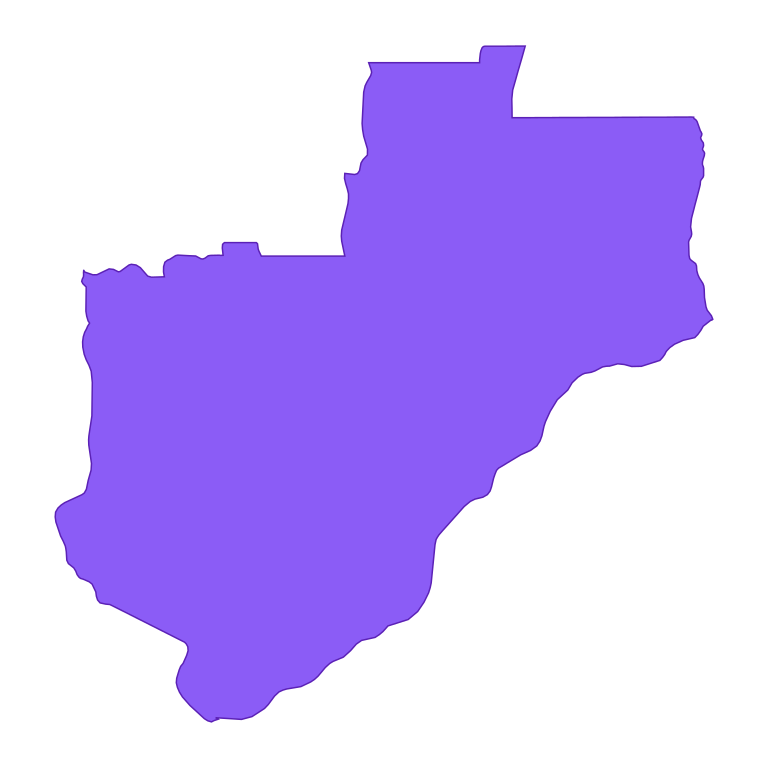 the border of Lunda Norte
{"feature_id": "AGO-1874", "entity_name": "Lunda Norte", "entity_type": "Province", "adm_level": 1, "iso_a3": "AGO", "parent_name": "Angola", "parent_adm1": "", "projection": "equal_earth", "projection_center": [19.689, -8.666], "detail": "fine", "context": "isolated", "style": "filled", "palette": "violet", "viewbox_px": 768, "rotation_deg": 0, "n_neighbors": 0, "source": "natural_earth", "source_scale": "10m", "svg_char_len": 4360}
<svg xmlns="http://www.w3.org/2000/svg" viewBox="0 0 768 768"><path d="M525.2,46.1L521.9,57.9L517.9,71.6L515.7,79.5L512.7,90.0L511.8,99.1L512.0,108.2L512.1,117.7L518.8,117.7L529.2,117.7L539.7,117.6L550.1,117.6L560.6,117.5L571.0,117.5L581.5,117.5L591.9,117.4L602.4,117.4L612.8,117.4L623.3,117.3L633.7,117.3L644.2,117.2L654.6,117.2L665.1,117.2L675.5,117.1L686.0,117.1L690.8,117.0L693.7,117.2L693.7,117.8L694.2,118.8L695.1,119.2L696.2,120.2L697.1,121.6L700.4,130.9L701.2,132.1L701.9,133.9L701.6,135.5L700.9,136.9L700.6,137.9L701.4,140.1L702.4,141.5L703.3,142.9L703.6,145.3L703.4,146.5L702.7,148.3L702.5,149.2L702.9,150.3L704.2,152.1L704.6,153.2L704.3,155.7L703.0,159.6L702.5,161.8L702.4,164.2L702.7,165.4L703.2,166.5L703.6,168.4L703.6,175.7L703.1,177.2L701.0,180.0L700.5,181.1L700.2,184.7L699.6,187.2L698.6,191.1L696.9,197.6L695.0,204.7L693.9,209.1L692.3,215.2L691.5,218.4L690.6,226.9L691.5,231.9L691.7,234.1L691.2,236.4L689.1,240.2L688.6,242.0L689.0,255.2L689.7,258.6L691.1,260.2L695.6,263.6L696.5,265.9L696.8,270.6L697.8,274.4L699.3,277.8L702.9,283.5L703.8,286.0L704.2,289.3L704.5,297.6L706.0,306.8L707.2,310.2L711.4,315.7L712.8,319.3L711.8,320.1L711.7,320.0L711.2,319.9L703.2,326.2L701.0,330.1L697.9,334.4L694.8,337.6L683.2,340.3L674.5,344.2L669.8,347.6L666.7,350.9L665.7,352.4L664.9,354.2L662.7,357.3L659.9,360.4L641.4,366.3L631.7,366.5L624.3,364.5L617.7,363.8L609.6,366.1L606.6,366.2L602.6,366.9L595.0,370.9L591.1,372.3L584.8,373.3L582.2,374.4L577.9,377.2L572.1,382.8L567.8,390.0L557.3,399.7L550.2,411.3L545.5,421.6L544.0,426.2L541.9,435.8L540.0,441.0L536.8,445.9L530.6,450.4L520.7,454.8L498.5,468.2L496.5,470.4L495.0,474.1L493.6,478.2L491.5,486.9L490.1,491.0L487.4,494.6L482.9,497.2L475.0,499.1L470.3,501.4L464.2,506.5L442.2,531.1L439.0,534.8L437.6,536.9L436.1,539.5L435.0,544.7L431.2,582.9L430.2,587.6L428.6,592.8L424.0,602.2L417.7,611.5L408.2,619.5L388.0,625.9L383.1,631.4L379.6,634.4L375.1,637.4L361.6,640.4L356.3,644.1L350.6,650.6L343.4,657.1L333.1,661.4L329.8,663.4L325.3,667.5L318.1,676.1L314.6,679.3L310.8,681.9L300.9,686.6L286.6,689.0L282.9,690.1L279.0,691.9L274.6,696.0L268.2,704.6L264.5,708.5L252.0,716.6L241.5,719.4L215.6,717.7L218.2,719.2L214.0,720.6L211.5,721.9L207.8,720.8L204.4,718.7L190.0,705.5L182.5,697.0L179.5,692.2L177.4,687.3L176.3,682.7L176.7,678.2L179.2,669.9L180.7,666.3L183.1,663.4L186.7,655.3L188.1,650.7L187.8,646.7L186.2,643.8L184.6,642.2L123.2,611.2L109.8,604.5L105.6,604.1L100.1,602.9L97.6,600.0L96.4,596.3L95.8,591.9L92.1,584.1L89.2,581.8L83.2,579.2L80.5,578.4L78.9,577.1L77.1,574.6L75.8,571.2L73.8,567.9L68.4,563.6L66.8,560.2L66.3,551.9L65.8,548.4L65.3,546.0L63.2,541.1L60.6,536.0L55.9,522.0L55.2,516.9L55.6,512.1L58.0,508.0L61.2,505.0L64.8,502.6L81.9,494.7L84.3,493.0L86.4,489.2L88.2,480.4L91.1,470.1L91.5,463.5L88.8,445.1L88.6,439.8L88.9,435.9L89.7,430.4L91.9,415.9L92.3,382.4L91.2,371.2L89.0,365.3L86.2,359.7L84.2,354.3L82.8,347.2L82.6,341.8L83.3,336.7L84.7,332.3L86.6,328.7L87.6,326.3L89.6,323.1L88.1,320.9L86.7,316.2L85.9,311.2L86.2,287.0L82.8,283.6L81.7,281.4L82.3,279.1L83.4,276.9L83.6,274.8L83.5,272.7L83.7,270.4L83.8,270.4L84.9,272.1L92.9,274.8L97.0,274.7L109.1,268.9L113.5,269.4L118.3,271.8L120.1,271.5L129.0,265.0L131.3,264.3L136.1,265.0L140.4,267.7L147.7,276.1L151.5,277.2L164.4,276.8L163.5,272.0L163.6,266.6L164.9,262.2L167.6,260.1L169.8,259.3L175.6,255.6L177.9,255.1L188.6,255.7L195.7,256.0L201.0,258.8L202.9,259.0L205.1,258.1L208.2,255.8L210.6,255.4L219.4,255.2L220.3,255.4L223.1,255.3L222.3,248.0L222.6,244.3L224.4,242.6L234.7,242.6L246.0,242.6L256.3,242.6L257.5,243.7L258.2,249.1L259.1,251.5L261.3,256.1L267.7,256.1L286.0,256.1L304.3,256.1L322.6,256.1L340.9,256.1L344.8,256.1L341.7,241.1L341.3,236.1L341.7,230.1L343.8,221.2L345.2,215.4L348.0,203.5L348.5,198.5L348.5,193.8L347.3,188.8L345.7,183.6L344.5,178.4L344.8,173.4L354.7,174.5L357.5,173.6L359.5,170.7L361.0,163.1L363.0,159.7L363.3,159.4L367.4,155.1L367.5,149.1L363.7,136.2L362.6,129.6L362.1,123.5L363.7,92.1L365.1,85.9L366.8,82.3L370.7,75.6L371.6,72.5L371.3,70.4L368.7,62.7L376.2,62.7L382.2,62.7L388.2,62.7L394.3,62.7L400.3,62.7L406.3,62.7L412.4,62.7L418.4,62.7L424.4,62.7L430.5,62.7L432.1,62.7L436.5,62.7L442.5,62.7L448.6,62.7L454.6,62.7L460.6,62.7L466.7,62.7L472.7,62.7L479.6,62.7L479.6,59.9L480.3,53.5L480.9,50.8L482.1,47.8L483.3,46.6L484.9,46.2L492.5,46.2L504.5,46.2L516.9,46.1L525.2,46.1Z" fill="#8b5cf6" stroke="#5b21b6" stroke-width="1.5"/></svg>